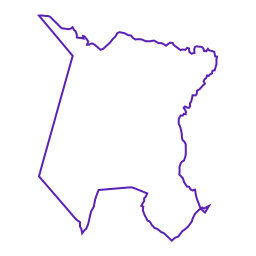 Brejo da Madre de Deus, Pernambuco, Brazil
{"feature_id": "56859067B57083131073603", "entity_name": "Brejo da Madre de Deus", "entity_type": "district", "adm_level": 2, "iso_a3": "BRA", "parent_name": "Brazil", "parent_adm1": "Pernambuco", "projection": "equal_earth", "projection_center": [-36.237, -8.078], "detail": "fine", "context": "isolated", "style": "outline", "palette": "violet", "viewbox_px": 256, "rotation_deg": 0, "n_neighbors": 0, "source": "geoboundaries", "source_scale": "gbopen_adm2", "svg_char_len": 2570}
<svg xmlns="http://www.w3.org/2000/svg" viewBox="0 0 256 256"><path d="M163.7,233.0L171.8,240.6L175.1,237.7L178.4,236.5L182.2,231.2L184.6,229.6L188.0,226.7L191.8,221.5L192.7,218.5L195.1,213.7L199.0,209.8L200.6,208.7L199.5,205.7L196.8,198.5L196.0,195.6L195.0,189.6L192.5,190.5L190.5,189.3L189.1,186.8L186.9,186.6L185.7,184.6L184.1,182.2L183.0,178.4L181.1,176.3L179.3,174.5L179.5,172.2L179.6,169.5L179.4,167.3L180.7,163.4L181.8,161.8L184.0,160.5L185.4,156.4L185.8,153.3L185.8,150.2L185.7,144.2L184.4,141.7L182.5,140.0L182.0,137.8L181.7,133.6L181.2,130.8L180.6,128.2L180.0,126.3L178.8,124.0L178.7,119.4L179.6,117.2L180.6,115.5L182.8,115.5L183.8,113.8L185.7,114.2L186.0,111.7L184.8,109.5L183.7,107.8L185.0,106.5L187.3,107.7L189.1,107.8L190.1,106.2L189.9,103.5L191.1,101.7L192.0,98.3L192.6,95.2L194.2,95.4L195.8,95.3L196.8,93.6L197.0,90.7L199.5,89.3L202.7,85.7L204.9,83.7L203.6,81.2L204.5,79.4L206.2,78.0L207.1,75.4L208.7,75.9L209.9,74.5L211.9,73.5L212.5,70.7L214.7,70.3L216.5,63.9L216.4,59.9L217.0,56.6L215.2,56.4L214.2,51.7L211.3,50.9L209.0,50.3L207.9,48.9L206.3,51.3L203.9,50.8L203.3,48.3L201.5,46.8L199.2,46.7L196.8,46.3L195.2,46.8L194.2,48.9L194.5,52.9L191.4,53.7L189.3,51.9L189.0,48.5L187.2,47.9L185.3,49.9L182.6,49.5L180.4,50.0L173.6,44.9L172.7,42.9L170.1,42.7L167.9,44.2L166.0,45.7L163.7,44.2L161.4,43.1L158.4,43.1L155.9,41.6L154.0,40.6L151.6,40.9L150.1,41.2L148.4,41.3L145.8,41.2L141.2,39.3L137.3,39.2L135.4,39.5L133.2,38.1L131.0,35.5L128.0,35.1L124.4,33.1L119.5,32.2L117.5,33.0L115.2,36.7L112.7,39.1L109.9,42.8L103.1,48.9L100.6,49.8L95.0,45.0L92.6,43.5L90.9,43.7L89.3,44.6L87.1,44.8L88.2,41.4L86.6,39.1L84.6,36.5L83.1,36.0L83.5,38.6L82.0,38.2L76.9,37.5L76.7,34.2L75.5,31.1L74.0,30.0L72.5,27.2L70.8,28.6L69.0,29.2L61.8,28.3L60.1,26.8L56.4,23.0L54.0,20.7L50.0,16.7L47.9,16.0L45.9,16.0L41.0,15.4L39.0,15.6L67.2,49.3L72.7,55.8L65.0,83.2L62.5,92.1L60.7,98.5L55.5,117.1L54.9,119.4L44.9,154.9L39.0,176.3L40.7,178.4L43.7,181.8L68.8,210.9L73.0,215.9L75.7,218.9L77.8,220.7L80.0,222.1L80.0,226.7L81.2,228.5L82.2,233.2L84.6,230.0L86.2,228.8L87.4,226.0L88.1,224.2L89.1,220.0L90.3,214.6L91.2,211.3L92.6,208.9L94.0,206.2L94.3,203.7L95.5,198.2L96.3,196.0L97.8,192.1L98.6,190.0L126.9,187.6L131.6,187.3L135.2,188.5L147.2,193.4L145.7,196.8L144.1,198.4L144.2,201.0L143.0,202.7L141.3,205.9L143.3,206.7L142.8,210.2L144.7,215.3L146.3,218.1L147.4,220.6L149.5,221.3L150.9,223.4L151.9,225.2L153.2,226.4L154.4,228.0L157.2,228.8L159.8,230.9L161.3,232.2L163.7,233.0ZM200.6,208.7L205.0,212.5L209.0,205.9L204.0,208.5L202.2,207.5L200.6,208.7Z" fill="none" stroke="#5b21b6" stroke-width="2"/></svg>